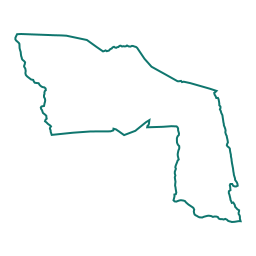 Cansanção, Bahia, Brazil
{"feature_id": "56859067B78734570227472", "entity_name": "Cansanção", "entity_type": "district", "adm_level": 2, "iso_a3": "BRA", "parent_name": "Brazil", "parent_adm1": "Bahia", "projection": "mercator", "projection_center": [-39.43, -10.77], "detail": "fine", "context": "isolated", "style": "outline", "palette": "teal", "viewbox_px": 256, "rotation_deg": 0, "n_neighbors": 0, "source": "geoboundaries", "source_scale": "gbopen_adm2", "svg_char_len": 4029}
<svg xmlns="http://www.w3.org/2000/svg" viewBox="0 0 256 256"><path d="M240.6,221.2L239.9,218.8L239.9,216.8L239.6,215.4L238.7,214.1L238.6,212.8L239.0,211.6L239.1,210.3L237.4,209.3L236.1,207.8L235.2,206.9L234.8,205.1L234.0,203.6L233.2,202.5L231.8,202.9L231.1,201.1L230.5,199.9L230.3,198.3L229.8,196.3L229.5,194.9L228.8,193.0L228.9,191.2L230.5,190.1L230.3,188.7L230.2,187.0L229.8,185.2L230.4,184.0L232.2,184.0L233.1,185.7L234.5,186.4L236.0,186.5L237.7,185.7L237.4,183.7L236.8,182.3L236.0,181.2L235.1,179.9L235.0,178.4L234.4,176.5L233.9,174.9L233.7,173.1L233.4,171.7L233.2,170.1L233.0,168.4L232.6,166.4L232.4,165.2L232.0,163.3L231.8,161.8L231.6,160.6L231.5,159.1L231.2,157.7L230.9,156.3L230.9,154.9L230.6,153.6L230.3,152.3L230.0,150.5L229.8,148.6L229.1,147.6L227.5,146.4L226.8,145.2L227.2,143.8L227.9,142.5L227.7,141.0L227.4,139.3L226.9,137.3L226.7,135.9L226.1,134.8L225.7,133.7L225.3,132.1L225.6,130.8L225.3,129.0L224.6,127.0L223.9,125.4L223.8,123.8L223.4,122.2L223.1,119.9L222.7,117.4L222.4,115.2L221.3,113.0L220.7,110.8L219.9,109.3L220.5,108.0L220.4,106.5L219.3,105.3L219.3,103.8L219.1,102.1L218.8,100.4L218.5,99.1L217.9,97.9L216.3,98.0L215.7,96.4L214.6,94.6L214.2,92.9L215.6,91.8L216.5,90.9L209.8,88.7L190.2,83.1L183.7,81.7L182.0,82.1L181.0,80.9L178.8,81.3L177.5,81.2L164.3,73.8L160.1,71.5L151.5,66.7L144.5,58.8L137.1,47.8L135.9,46.9L134.6,46.6L133.4,46.1L132.0,45.9L130.4,46.6L128.6,46.4L127.0,45.5L125.9,46.3L124.4,46.4L123.3,46.2L122.0,46.5L120.7,45.7L119.5,45.9L118.4,47.0L117.2,47.2L116.2,47.8L115.0,47.5L114.0,46.8L112.6,47.4L111.6,48.6L110.4,49.0L108.9,50.6L106.8,51.2L105.6,50.4L104.3,51.0L103.0,51.4L96.5,46.9L86.9,40.0L66.4,35.7L60.9,35.4L52.8,35.2L50.9,35.1L21.1,34.0L17.1,34.2L16.2,36.0L15.4,37.8L15.4,39.4L16.1,40.5L17.7,41.9L18.8,42.9L19.4,43.9L19.5,45.8L19.6,48.2L20.1,50.2L20.7,52.0L20.9,54.3L21.2,56.2L21.7,57.5L21.9,58.8L22.6,59.9L23.9,60.9L25.1,62.3L24.7,64.4L24.2,65.5L24.1,66.6L25.3,68.6L25.7,71.0L25.4,73.1L25.8,74.9L26.9,76.2L28.1,77.2L29.3,78.1L31.1,79.5L33.2,79.9L33.8,81.4L34.7,82.7L36.5,83.0L38.6,83.2L39.6,84.9L40.5,85.8L41.7,86.7L43.1,87.2L44.4,87.4L45.6,88.5L45.8,90.2L44.8,91.1L44.4,92.5L44.5,93.9L44.0,95.2L44.0,97.0L44.9,98.6L45.2,100.2L45.0,101.8L44.6,103.0L44.3,104.6L44.0,106.0L42.7,106.2L41.5,106.5L40.8,107.5L41.1,108.9L42.1,110.3L42.4,111.4L43.0,113.0L44.3,114.0L45.3,114.8L46.3,115.8L46.4,117.3L46.7,118.7L45.6,119.6L45.0,121.3L46.6,122.5L47.7,123.7L48.9,124.6L50.2,125.5L51.0,126.4L50.2,127.5L49.9,128.7L50.6,130.3L50.7,131.9L51.1,133.0L51.7,134.9L73.1,132.7L74.5,132.6L89.9,131.5L96.9,131.4L100.4,131.4L105.5,131.4L107.8,131.4L110.6,131.3L113.3,130.4L113.5,128.7L116.0,129.4L117.7,130.6L118.8,131.3L121.0,132.9L124.1,135.1L135.4,130.8L136.7,129.7L146.0,122.2L149.4,120.1L149.1,122.2L149.0,123.6L148.5,125.0L147.5,125.9L147.2,127.3L162.9,126.8L171.4,126.2L176.6,126.4L177.6,127.4L178.1,128.5L178.1,130.3L178.5,131.7L179.0,133.5L178.8,135.1L177.6,136.3L176.9,138.2L176.9,140.3L177.0,142.6L177.9,144.7L179.2,146.1L179.3,147.8L179.1,149.0L178.5,150.2L178.2,151.4L177.9,152.9L177.7,154.2L177.8,155.9L178.3,157.9L178.7,159.5L177.6,160.6L177.2,161.9L176.6,163.4L175.8,165.4L175.3,167.2L175.9,168.8L175.4,170.1L174.8,171.8L174.8,173.5L175.4,175.5L174.8,177.3L175.0,178.7L175.2,180.0L175.5,181.7L175.2,184.0L175.1,185.7L175.5,187.3L175.7,189.0L176.0,190.8L176.3,192.6L175.8,194.2L174.4,194.5L174.5,196.4L174.0,198.5L173.5,200.3L174.6,201.4L176.3,201.6L177.8,201.0L179.2,200.5L180.9,200.2L182.3,200.4L183.6,200.6L185.0,201.1L185.9,202.3L186.9,203.2L188.4,204.5L189.6,205.3L190.8,206.1L192.0,206.9L193.3,207.8L194.2,209.6L193.8,211.5L194.1,213.1L194.6,214.5L195.6,215.3L196.7,215.8L197.8,216.5L199.4,217.3L200.7,217.4L202.2,217.5L203.8,216.8L205.6,216.3L207.2,215.9L208.4,215.7L209.6,215.8L211.3,216.1L212.9,216.9L214.4,216.5L216.1,216.5L217.8,217.0L218.7,218.5L220.1,219.1L222.0,219.1L223.7,219.5L225.3,218.9L227.1,219.8L228.0,220.8L229.3,221.3L230.7,221.6L231.8,222.0L233.4,221.9L234.7,221.8L235.9,221.6L237.6,221.3L239.1,221.1L240.6,221.2Z" fill="none" stroke="#0f766e" stroke-width="2"/></svg>